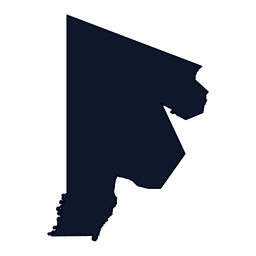 North Fly District, Western, Papua New Guinea (Robinson projection)
{"feature_id": "67681753B60857978351937", "entity_name": "North Fly District", "entity_type": "district", "adm_level": 2, "iso_a3": "PNG", "parent_name": "Papua New Guinea", "parent_adm1": "Western", "projection": "robinson", "projection_center": [141.24, -5.829], "detail": "fine", "context": "isolated", "style": "filled", "palette": "ink", "viewbox_px": 256, "rotation_deg": 0, "n_neighbors": 0, "source": "geoboundaries", "source_scale": "gbopen_adm2", "svg_char_len": 5563}
<svg xmlns="http://www.w3.org/2000/svg" viewBox="0 0 256 256"><path d="M201.4,66.4L67.2,15.4L67.2,194.6L67.1,194.4L66.5,194.1L66.2,194.1L65.6,194.2L64.9,194.6L64.7,194.7L64.4,194.8L63.9,194.6L63.3,194.5L63.1,194.4L62.7,194.5L62.4,194.8L62.3,195.1L62.2,195.5L62.4,195.9L62.7,196.5L63.0,196.8L63.0,197.0L62.8,197.5L62.3,197.7L62.1,197.9L62.1,198.3L62.4,199.0L62.8,199.4L63.1,199.6L63.6,199.8L64.0,199.8L64.2,200.0L64.3,200.2L64.2,200.3L64.0,200.5L63.7,200.6L63.4,200.8L63.1,201.1L62.6,201.3L62.3,201.3L61.3,200.9L61.0,200.9L60.6,200.9L60.3,201.0L60.2,201.3L59.9,202.3L60.0,202.7L60.1,202.9L60.2,203.2L60.4,203.5L60.7,203.6L61.2,203.6L61.6,203.5L61.9,203.2L62.2,203.1L62.8,203.0L64.2,202.9L64.5,203.1L64.7,203.4L64.7,203.8L64.4,204.1L64.2,204.2L63.8,204.2L62.7,204.6L62.3,204.9L62.0,205.2L61.4,205.9L61.1,206.0L60.5,206.1L60.3,206.2L60.2,206.3L60.1,206.6L60.1,206.9L60.3,207.2L60.4,207.3L60.5,207.3L61.1,207.3L61.3,207.5L61.6,207.8L61.7,208.2L61.7,208.6L61.6,209.1L61.5,209.4L61.2,209.5L60.9,209.7L60.7,209.7L60.2,209.5L60.0,209.3L59.6,208.8L59.1,207.9L58.9,207.6L58.7,207.4L58.4,207.3L58.1,207.2L57.8,207.3L57.5,207.5L57.2,207.9L57.0,208.2L56.9,208.8L56.9,209.2L56.9,209.6L57.1,209.9L57.2,210.1L57.4,210.4L58.2,210.6L59.1,210.8L59.4,211.0L59.5,211.3L59.5,211.5L59.4,211.7L59.2,212.0L58.9,212.2L58.4,212.4L58.1,212.6L57.9,212.8L57.8,213.1L57.7,213.4L57.8,213.9L58.5,214.6L58.9,214.8L59.7,214.7L60.3,214.5L60.6,214.1L61.1,213.2L61.4,212.4L61.5,212.3L61.6,212.7L60.8,214.0L60.6,214.2L60.6,214.7L60.6,215.3L60.8,215.7L61.0,215.9L61.2,216.0L62.0,216.3L62.2,216.5L62.3,216.6L62.1,216.9L61.7,217.1L61.3,217.3L61.1,217.4L58.9,217.4L58.4,217.6L58.0,217.9L57.8,218.1L57.5,218.7L57.3,219.8L57.4,220.2L57.9,221.7L58.1,222.4L58.1,222.9L57.8,223.5L57.7,224.2L57.8,224.4L57.8,224.8L57.8,225.1L57.8,225.3L58.0,225.7L58.2,225.8L59.0,226.1L59.3,226.4L59.2,226.6L59.0,226.8L58.7,226.9L58.0,226.8L57.3,226.4L56.9,226.3L56.7,226.3L56.0,226.5L55.3,226.4L54.6,226.5L54.3,226.5L53.9,226.9L53.6,227.1L53.4,227.4L53.4,227.7L53.4,228.3L53.5,228.5L54.0,228.8L54.4,228.7L54.9,228.4L55.3,228.0L55.6,227.9L55.8,228.0L56.0,228.1L56.2,228.3L56.2,228.5L56.4,229.1L56.3,229.8L56.1,230.3L56.0,230.5L55.3,231.1L54.7,231.5L54.4,232.0L54.3,232.5L54.2,232.7L53.9,232.5L53.9,232.3L54.0,231.8L53.9,231.7L53.6,231.3L53.4,231.2L53.1,231.1L52.8,231.2L52.5,231.4L51.8,232.3L50.6,233.0L50.2,233.2L49.7,233.2L48.7,233.1L48.3,233.3L48.1,233.6L48.1,233.8L48.4,234.3L48.6,234.5L48.8,234.7L49.1,234.8L49.4,234.9L49.7,234.9L50.2,234.7L50.7,234.7L51.2,234.6L51.4,234.6L51.6,234.7L51.8,234.9L52.0,235.2L52.0,235.7L92.5,235.3L93.0,236.2L92.5,237.5L92.4,237.8L92.7,238.0L92.9,238.3L92.7,238.5L92.4,239.1L92.5,239.3L92.5,239.6L93.5,239.7L93.7,239.9L93.7,240.2L94.0,240.3L94.3,240.3L94.6,240.5L94.9,240.6L95.2,240.6L95.4,240.3L95.8,240.1L96.3,239.6L96.8,238.8L97.1,238.1L97.3,237.7L97.3,236.6L97.3,236.2L97.5,236.0L97.3,235.6L97.3,235.3L98.0,234.7L98.0,234.0L98.2,233.9L98.6,234.4L98.6,234.0L99.0,233.1L98.8,233.0L98.9,232.3L98.8,231.8L98.9,231.4L99.6,231.2L99.7,230.9L99.6,230.6L99.8,230.2L99.6,229.9L99.6,229.6L99.9,229.6L100.0,229.3L99.7,229.0L99.6,228.1L99.9,228.4L100.1,228.3L100.8,228.1L100.9,227.6L101.2,226.7L100.9,226.6L101.1,226.3L101.7,226.2L101.9,226.2L102.6,225.7L102.0,225.1L102.2,224.4L102.5,224.4L104.0,223.5L103.9,222.8L104.5,222.8L104.5,222.3L104.9,221.9L104.8,221.5L105.1,221.1L105.6,221.0L106.1,221.2L106.4,220.9L106.4,220.5L107.1,220.5L107.4,220.3L107.3,219.9L107.0,219.7L106.9,219.0L107.1,218.5L107.3,218.0L107.7,217.7L108.3,217.5L108.7,217.2L108.7,216.8L108.5,216.6L108.9,216.1L109.3,216.0L109.5,215.7L109.8,215.4L110.1,215.6L110.2,216.1L110.3,215.6L110.8,215.2L111.1,214.7L111.5,214.5L111.8,214.3L111.8,214.0L111.6,213.2L111.7,212.9L111.8,212.5L111.6,212.2L111.6,211.8L112.1,211.2L112.1,210.9L111.5,210.5L112.0,210.0L112.0,209.7L112.2,209.3L112.4,209.1L111.9,208.3L112.4,208.1L112.3,207.7L112.6,207.4L113.0,207.4L113.4,207.1L113.6,206.6L114.0,206.4L114.5,206.5L114.8,206.2L115.1,205.6L114.9,205.2L115.3,204.9L115.7,204.5L115.8,203.9L116.4,203.4L116.1,202.9L116.2,201.6L116.2,200.4L115.9,199.9L115.9,199.5L115.8,199.2L116.3,199.1L116.6,198.8L116.2,198.3L116.1,198.0L116.1,197.8L116.2,197.7L115.9,197.5L115.7,197.2L115.4,196.6L114.8,195.9L113.9,194.1L113.6,192.6L113.4,191.4L113.5,190.2L113.7,189.2L114.3,186.2L114.3,184.6L114.4,183.8L114.8,182.3L114.9,180.9L115.4,179.2L116.4,177.3L117.0,174.9L117.9,175.7L118.5,176.1L119.2,176.5L119.8,176.5L122.0,176.7L123.3,177.0L124.1,177.4L125.7,177.8L126.4,178.2L127.3,178.4L129.1,178.7L130.1,179.4L130.8,179.7L131.4,180.0L132.2,180.2L137.9,185.6L148.2,188.1L160.5,188.1L184.8,153.7L161.1,103.2L161.9,103.2L162.5,103.0L162.8,103.9L163.6,104.9L164.6,105.1L165.4,104.3L165.9,104.2L166.5,104.9L166.3,105.4L166.0,105.7L167.3,106.5L169.3,107.6L170.3,108.0L171.1,108.1L172.0,108.9L172.5,109.4L172.7,110.0L172.3,110.5L172.1,111.3L171.4,111.2L170.9,111.7L170.9,112.3L171.4,112.5L172.0,113.0L173.3,113.4L173.8,113.3L174.4,112.6L175.0,112.8L175.6,113.3L176.3,114.1L176.9,114.8L185.8,119.4L202.7,112.4L203.9,104.7L204.9,104.1L205.2,102.5L205.7,101.8L206.3,100.5L206.4,99.9L205.9,99.5L205.5,99.0L205.5,98.2L205.7,96.9L205.6,96.0L205.2,95.4L207.9,91.8L194.6,79.8L194.4,79.5L194.6,79.0L194.9,78.4L195.0,78.1L195.0,77.3L194.9,76.9L194.9,76.2L195.0,75.4L195.1,75.1L195.1,74.9L195.2,74.6L195.7,74.1L195.8,73.8L196.0,73.2L196.0,72.7L196.2,72.3L196.3,72.0L196.7,71.5L197.0,71.2L197.6,70.7L197.8,70.4L197.9,70.2L198.0,69.8L198.0,69.4L198.1,69.2L198.6,68.9L198.8,68.7L199.0,68.6L199.5,68.0L200.3,67.5L201.0,66.9L201.4,66.4Z" fill="#0f172a" stroke="#020617" stroke-width="1.5"/></svg>